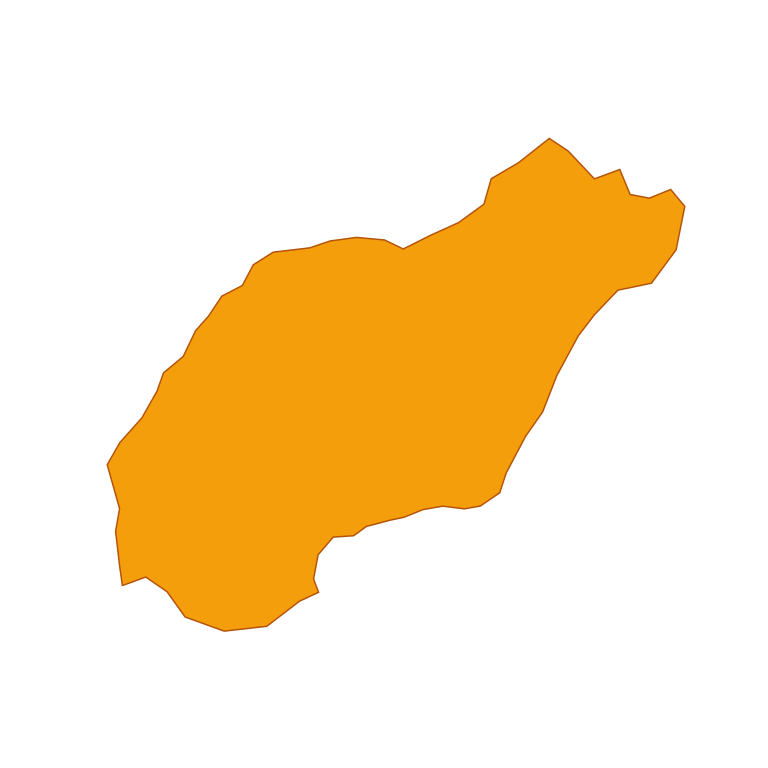 Boxholm, Östergötland, Sweden (Robinson projection), rotated 286°
{"feature_id": "70781695B81557548138278", "entity_name": "Boxholm", "entity_type": "district", "adm_level": 2, "iso_a3": "SWE", "parent_name": "Sweden", "parent_adm1": "Östergötland", "projection": "robinson", "projection_center": [15.154, 58.158], "detail": "fine", "context": "isolated", "style": "filled", "palette": "amber", "viewbox_px": 768, "rotation_deg": 286, "n_neighbors": 0, "source": "geoboundaries", "source_scale": "gbopen_adm2", "svg_char_len": 999}
<svg xmlns="http://www.w3.org/2000/svg" viewBox="0 0 768 768"><g transform="rotate(286 384 384)"><path d="M311.1,525.2L332.1,526.0L372.7,534.5L400.9,544.2L439.8,547.8L483.9,557.5L508.6,567.2L538.7,583.0L554.6,613.3L593.5,627.8L637.6,624.2L645.4,612.7L650.0,606.0L635.8,587.8L634.0,568.4L655.2,551.5L639.2,529.7L658.6,497.0L665.6,475.2L659.1,470.5L633.8,452.3L610.9,430.5L584.4,430.5L559.7,411.2L542.2,390.6L540.2,388.2L519.1,365.3L522.6,344.8L517.3,317.1L506.7,292.9L494.3,274.9L480.2,241.2L462.6,225.5L439.7,220.7L423.8,203.9L400.9,196.6L383.3,188.2L355.1,183.4L334.0,169.0L314.6,167.8L284.7,160.6L254.8,146.2L230.1,140.2L210.7,152.2L191.3,164.2L168.4,166.6L136.7,179.8L118.3,188.0L119.1,189.4L132.8,208.2L124.5,232.7L105.2,257.1L102.4,298.5L118.8,338.1L151.9,362.6L165.8,378.5L177.0,370.1L201.7,367.7L222.8,377.4L229.8,396.7L242.2,406.3L254.5,426.9L261.6,440.2L273.9,455.9L282.7,474.0L286.2,495.8L293.3,510.3L310.9,524.8L311.1,525.2Z" fill="#f59e0b" stroke="#b45309" stroke-width="1.5"/></g></svg>